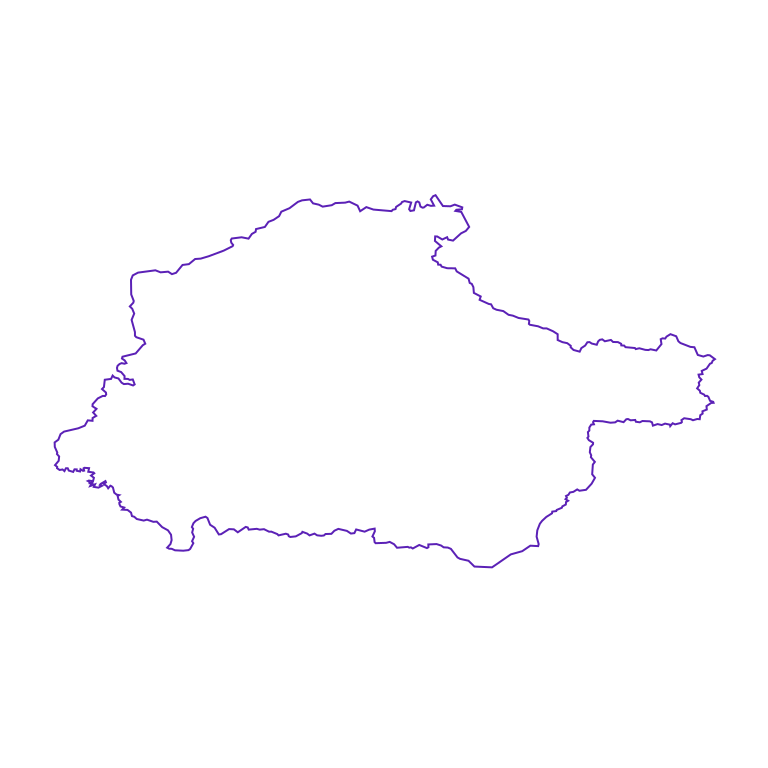 outline of Nakhon Thai, Phitsanulok, Thailand, rotated 88°
{"feature_id": "78962969B15017109153074", "entity_name": "Nakhon Thai", "entity_type": "district", "adm_level": 2, "iso_a3": "THA", "parent_name": "Thailand", "parent_adm1": "Phitsanulok", "projection": "equal_earth", "projection_center": [100.905, 17.13], "detail": "fine", "context": "isolated", "style": "outline", "palette": "violet", "viewbox_px": 768, "rotation_deg": 88, "n_neighbors": 0, "source": "geoboundaries", "source_scale": "gbopen_adm2", "svg_char_len": 6115}
<svg xmlns="http://www.w3.org/2000/svg" viewBox="0 0 768 768"><g transform="rotate(88 384 384)"><path d="M207.4,365.7L209.6,366.4L210.2,369.2L211.5,370.4L209.3,388.5L206.6,395.5L210.5,401.8L204.8,404.2L200.5,412.4L201.4,416.5L201.5,426.3L203.5,430.0L204.6,439.1L202.5,442.9L201.0,448.6L197.0,451.5L197.6,459.5L199.0,463.7L205.0,472.3L208.2,480.6L212.6,483.0L216.1,488.6L217.9,493.8L222.9,497.6L224.7,506.5L227.4,507.0L229.4,510.8L234.0,514.3L232.4,521.2L233.3,531.1L234.9,532.1L237.4,531.7L239.8,529.9L241.0,530.5L245.1,539.5L250.2,554.7L252.3,562.8L252.5,568.4L257.4,574.8L258.0,581.2L265.6,587.9L266.8,592.1L264.2,595.8L264.6,603.4L262.4,608.5L264.1,625.9L266.7,631.3L271.0,633.2L285.7,633.5L292.3,631.2L294.0,631.7L297.6,635.3L300.0,633.0L304.9,631.2L311.1,634.0L323.4,631.1L327.1,631.2L328.6,629.9L331.3,622.8L335.4,621.2L336.8,623.7L344.8,631.1L347.6,644.4L349.4,645.0L351.4,642.3L354.1,640.7L354.7,642.6L354.0,645.5L354.8,647.6L356.5,649.6L358.6,650.3L361.4,649.9L362.9,646.3L367.0,643.0L369.8,643.2L370.0,639.7L371.0,638.0L370.7,634.9L375.7,633.2L376.7,634.8L374.8,639.7L375.0,644.0L373.5,646.2L369.2,649.2L368.0,653.1L366.1,654.9L369.4,656.6L370.0,662.9L377.3,664.0L379.2,666.0L382.8,662.2L384.7,662.0L386.3,663.2L386.1,665.5L388.4,670.5L394.0,675.9L396.1,676.1L398.8,672.2L402.3,675.7L405.8,672.7L407.8,676.4L410.6,676.6L410.0,681.3L415.2,684.5L417.6,691.1L420.4,705.4L422.8,709.0L428.3,711.4L430.9,715.2L435.4,715.2L441.1,712.9L442.6,713.3L445.1,711.2L449.4,711.8L453.6,715.6L455.4,713.5L456.7,713.7L458.6,711.2L458.2,708.2L459.9,706.4L457.1,704.8L457.2,703.0L459.5,702.1L461.0,697.7L458.5,696.3L458.6,694.1L460.0,694.1L460.8,690.8L458.6,690.3L460.3,687.8L460.1,686.7L457.8,687.2L457.3,686.4L457.8,681.7L461.4,682.6L462.3,677.4L463.1,676.7L465.3,680.0L467.6,677.2L471.0,678.2L470.2,682.3L470.6,683.3L471.4,681.9L472.8,681.8L472.5,678.0L473.2,679.8L475.7,681.2L474.2,676.3L476.7,677.6L477.6,673.0L475.9,669.4L475.0,671.5L474.0,670.7L471.3,665.8L472.6,665.3L474.1,667.6L476.4,664.5L478.6,663.3L476.1,661.0L476.7,659.8L478.0,658.5L483.2,657.4L485.2,655.1L485.8,652.6L486.7,654.1L490.3,653.4L492.6,651.1L493.5,652.7L494.9,652.6L497.2,651.6L498.4,648.0L500.4,650.0L500.9,644.7L503.7,641.3L507.2,640.5L508.0,638.2L510.3,635.8L512.1,628.9L511.3,625.6L513.7,619.3L513.6,615.9L519.3,610.7L522.7,605.0L527.2,602.1L532.6,601.7L536.5,603.0L540.0,606.4L541.1,604.5L541.3,601.9L542.9,598.7L543.6,590.4L543.2,585.2L542.1,583.5L536.4,580.1L534.4,581.3L530.1,579.1L525.7,580.9L522.0,579.8L520.3,581.0L516.5,579.3L514.3,577.1L511.7,572.3L510.4,567.0L511.8,565.1L518.6,562.7L521.7,558.3L528.6,554.3L528.4,552.1L523.6,543.9L524.0,539.1L527.1,535.3L522.0,527.2L522.6,525.2L524.8,524.3L524.3,516.2L525.2,513.3L524.9,509.0L527.6,504.0L527.6,501.8L530.3,495.8L531.6,494.7L530.2,487.3L531.1,485.0L532.8,484.5L533.6,483.0L533.2,477.5L530.2,471.4L528.9,470.7L530.8,466.0L532.7,463.7L531.1,458.7L532.9,456.1L533.5,452.0L533.3,449.4L531.9,447.7L531.9,441.8L528.9,438.7L527.2,434.7L529.5,426.2L532.3,422.3L532.0,418.8L528.4,416.9L530.9,408.5L529.0,403.8L528.2,398.4L530.9,398.3L536.0,400.9L537.4,399.3L541.7,398.9L542.8,397.9L542.8,387.4L542.0,383.8L544.5,379.5L548.1,376.7L547.6,365.9L548.4,364.5L548.2,362.8L549.4,361.0L546.1,354.4L549.5,346.8L548.7,345.3L545.9,345.3L545.8,337.1L547.4,332.6L549.3,330.1L549.7,325.9L551.1,322.9L559.9,316.6L561.4,314.1L563.6,305.7L569.6,300.0L571.0,282.4L558.7,263.2L555.9,251.7L550.7,243.4L551.4,235.6L549.4,235.0L541.9,236.8L535.6,235.9L529.1,233.1L526.3,230.8L522.5,226.4L519.1,220.6L517.4,220.3L517.0,216.3L515.9,215.8L513.9,210.6L512.5,210.0L510.8,206.5L508.3,206.2L507.1,204.1L505.4,206.6L504.1,205.2L502.3,206.0L501.2,203.6L498.9,202.0L498.4,198.5L496.1,194.6L497.5,192.4L496.8,185.8L490.9,180.0L485.1,176.4L481.5,179.1L471.8,178.1L469.2,176.0L464.4,179.8L462.5,179.4L459.4,180.7L454.2,179.9L451.5,177.2L450.0,177.1L447.3,181.2L445.0,182.6L443.7,181.5L439.2,181.9L437.7,180.4L434.7,180.3L431.8,178.3L431.6,175.6L429.4,176.4L428.2,175.6L428.9,166.8L430.6,159.0L430.4,154.3L428.8,151.8L430.5,145.9L427.7,143.1L427.5,141.4L428.9,138.8L428.7,134.2L430.5,133.6L431.2,129.7L430.0,127.0L430.6,119.5L431.7,117.5L435.0,116.7L433.6,112.0L434.7,107.9L433.4,104.5L434.6,99.7L436.1,99.4L433.3,96.9L434.5,94.5L433.2,88.4L432.4,87.6L430.5,88.0L428.7,85.2L429.9,78.6L431.0,76.5L429.9,72.2L430.2,69.7L426.2,69.0L424.7,66.6L422.4,66.7L420.8,62.3L417.4,62.5L414.3,57.6L414.3,55.3L413.3,55.6L412.2,58.7L408.1,60.3L407.1,61.6L407.2,63.6L405.8,64.4L403.8,68.2L401.7,68.6L399.3,71.2L396.1,68.9L393.6,69.4L390.7,66.6L388.3,68.7L385.6,69.3L385.2,65.3L382.0,66.0L379.9,61.1L375.1,57.5L374.5,55.8L372.2,54.7L370.7,52.4L366.7,57.4L366.4,59.5L367.7,63.9L365.9,69.4L358.1,72.5L357.6,76.5L353.4,86.3L351.6,88.3L346.5,90.3L344.2,96.0L346.5,100.0L348.4,101.4L348.1,104.1L348.9,105.9L353.8,105.3L360.0,110.7L358.6,116.4L359.3,118.6L359.0,121.7L357.2,127.6L357.9,131.2L356.8,132.0L355.6,141.4L354.0,142.6L353.7,145.5L352.1,145.6L350.3,148.7L350.0,153.6L347.9,155.7L349.0,161.8L347.0,164.3L347.4,166.8L348.9,168.5L352.2,170.0L350.8,175.0L349.3,177.1L349.4,179.3L352.6,181.6L355.0,185.5L358.5,187.3L356.6,193.4L353.8,196.2L352.4,196.0L349.6,199.4L348.4,204.2L346.1,208.9L340.3,208.7L337.2,213.2L334.1,219.5L334.0,223.0L331.7,228.0L329.9,236.1L329.0,237.1L326.1,236.6L324.6,237.4L322.7,247.2L320.2,252.8L319.2,257.1L315.3,262.2L313.7,269.0L312.1,272.2L308.1,274.2L307.7,276.4L303.2,285.5L299.9,284.3L296.1,291.0L290.3,291.3L287.0,292.8L286.0,294.8L281.7,295.8L274.0,307.4L270.9,308.8L270.5,316.8L268.7,322.3L266.8,323.3L266.6,325.7L264.3,326.0L261.5,330.8L258.4,331.5L257.4,328.1L252.8,327.7L249.6,324.4L248.4,321.9L242.8,328.1L238.3,327.7L238.4,325.7L241.6,320.7L239.5,315.8L241.9,314.9L243.1,310.0L236.1,301.7L233.9,296.9L230.0,293.4L214.7,300.8L213.5,306.6L212.4,305.6L212.1,300.0L210.2,299.6L207.2,307.0L208.7,311.4L208.2,318.9L197.1,325.9L198.0,328.3L201.1,330.8L207.5,327.7L207.6,330.9L206.4,334.5L209.0,338.1L209.1,339.4L207.9,341.4L203.8,342.4L202.7,344.1L203.6,345.8L211.5,348.0L212.0,351.6L210.2,352.8L203.6,350.5L201.9,357.0L202.8,359.7L204.3,360.6L207.4,365.7Z" fill="none" stroke="#5b21b6" stroke-width="2"/></g></svg>